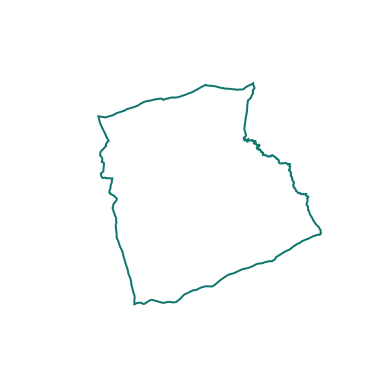 outline of Toca, Boyacá, Colombia, rotated 46°
{"feature_id": "7082276B782512497823", "entity_name": "Toca", "entity_type": "district", "adm_level": 2, "iso_a3": "COL", "parent_name": "Colombia", "parent_adm1": "Boyacá", "projection": "natural_earth1", "projection_center": [-73.168, 5.579], "detail": "fine", "context": "isolated", "style": "outline", "palette": "teal", "viewbox_px": 384, "rotation_deg": 46, "n_neighbors": 0, "source": "geoboundaries", "source_scale": "gbopen_adm2", "svg_char_len": 6032}
<svg xmlns="http://www.w3.org/2000/svg" viewBox="0 0 384 384"><g transform="rotate(46 192 192)"><path d="M101.7,232.6L104.4,232.8L105.1,233.0L106.8,234.3L107.6,236.0L109.2,235.4L110.3,235.3L114.4,240.2L115.6,241.4L115.4,244.6L115.6,245.0L116.1,245.4L117.4,246.1L118.7,246.5L119.8,246.6L120.2,246.0L121.0,244.9L121.4,244.5L122.3,244.2L123.8,243.0L124.8,241.6L125.8,241.0L126.8,239.9L127.0,239.8L127.7,241.2L129.6,243.3L130.6,245.8L131.1,246.5L132.8,248.1L133.2,249.3L134.6,251.6L135.0,251.4L135.4,251.4L136.0,251.7L136.6,252.2L137.6,251.5L138.4,251.4L139.6,250.9L140.2,250.9L140.6,250.6L141.2,250.6L142.0,250.9L143.5,250.6L144.6,250.7L145.5,252.0L145.7,253.8L146.0,254.9L146.0,256.0L146.4,257.3L146.8,257.9L147.9,259.0L148.2,260.2L148.8,260.6L149.8,260.8L151.1,261.8L151.7,261.9L153.2,262.7L154.2,263.0L156.2,264.0L157.9,264.7L158.7,265.2L159.3,265.7L159.9,266.7L161.4,267.3L162.6,269.6L163.7,270.7L164.3,271.0L166.6,273.0L167.8,273.7L173.3,278.4L176.0,279.0L176.3,279.3L181.7,281.9L185.5,283.0L189.1,284.9L191.3,286.3L193.8,287.5L196.9,289.2L198.6,290.0L200.4,291.0L201.3,291.2L205.4,293.6L206.1,294.3L211.9,296.6L213.2,297.6L214.2,297.9L214.3,298.2L215.3,299.0L217.4,300.5L220.9,302.4L222.8,303.5L227.0,305.6L228.2,306.7L230.9,309.8L232.8,311.5L233.0,311.2L233.1,310.1L233.6,308.8L234.1,308.0L236.0,305.8L236.7,305.4L237.3,305.3L238.7,304.8L239.0,304.6L239.3,304.1L239.7,302.8L240.0,300.4L240.8,297.2L241.3,296.2L241.8,295.7L246.3,293.0L251.2,290.2L252.5,288.7L254.1,286.0L255.5,284.4L258.5,282.2L259.8,280.3L260.2,279.2L260.7,274.7L260.4,271.6L260.4,268.7L260.7,267.5L261.4,266.1L263.3,259.9L265.6,256.6L266.1,254.6L267.0,251.9L268.3,249.4L269.7,247.2L273.1,244.0L273.9,243.0L274.4,241.4L274.8,238.2L275.1,232.5L276.6,223.8L279.7,217.8L281.2,213.2L282.9,208.7L285.3,205.1L287.4,200.2L288.7,195.5L289.9,193.6L291.8,191.3L292.5,190.2L292.9,188.6L294.2,186.9L294.5,185.7L295.2,184.7L296.6,183.5L297.4,182.2L298.1,179.3L298.1,178.6L297.4,177.5L297.3,176.7L299.3,167.1L300.1,164.4L300.9,162.8L301.2,161.4L301.5,158.7L301.5,157.5L302.6,151.7L303.4,150.3L303.8,147.3L304.7,144.6L306.8,139.7L307.9,135.7L310.5,130.5L311.5,129.9L311.2,127.7L310.0,127.2L308.9,126.0L307.3,125.9L306.3,125.3L305.3,125.2L301.8,125.3L298.9,124.9L296.1,124.3L293.3,123.3L292.0,123.2L289.7,122.5L286.7,120.9L286.1,120.9L285.9,121.1L285.6,121.0L284.0,119.5L282.8,118.6L282.4,118.5L281.3,118.7L280.2,117.8L279.8,117.2L279.4,116.7L279.2,115.8L278.8,115.2L277.8,114.2L276.6,113.7L276.5,113.4L276.6,112.3L276.4,111.7L275.3,111.8L274.1,112.4L273.5,112.4L272.9,112.2L272.9,111.4L272.8,111.2L272.6,111.3L272.2,111.6L272.2,112.1L271.0,113.2L270.9,113.7L270.1,114.1L269.3,115.0L268.7,115.2L267.5,114.9L267.4,115.0L267.1,115.8L266.6,116.3L266.2,116.4L264.6,116.1L263.8,116.5L263.2,116.3L262.4,115.7L260.5,115.7L260.0,115.1L259.5,115.1L258.9,115.4L258.6,115.3L257.0,114.1L256.9,113.8L256.8,112.9L256.6,112.7L255.7,112.4L255.4,111.8L255.1,111.6L254.1,111.7L252.5,111.3L252.2,111.1L251.8,110.4L251.3,110.4L250.4,109.6L249.3,109.7L248.5,109.5L248.4,109.4L248.4,108.9L248.2,108.5L247.3,107.9L246.6,107.2L243.6,107.1L243.5,106.8L243.8,106.1L243.7,105.9L242.8,105.4L242.6,105.1L242.2,103.9L241.0,103.9L240.4,102.4L239.8,102.1L239.6,102.2L239.3,103.0L238.8,103.1L238.7,104.0L238.4,104.0L238.0,103.8L236.7,104.2L236.1,104.5L235.5,105.4L235.1,106.2L233.8,107.4L233.3,108.3L232.2,109.1L231.5,108.8L230.6,108.7L229.7,107.6L229.4,107.5L228.5,107.5L227.4,107.9L227.1,107.9L226.5,107.6L226.1,108.1L224.7,107.8L224.3,107.8L223.1,108.5L222.8,108.5L222.1,108.2L221.8,108.3L221.3,108.7L221.4,108.9L221.1,109.6L220.8,110.0L221.0,110.6L220.4,110.7L220.1,111.0L220.2,111.3L220.1,111.7L219.4,112.6L219.1,112.9L217.8,113.2L217.2,113.0L216.8,113.4L216.4,113.6L215.9,114.3L215.5,114.1L215.3,114.2L214.6,115.3L213.9,114.7L214.0,114.4L213.2,113.7L212.8,114.0L212.1,113.7L211.4,114.5L209.5,113.5L208.8,113.5L208.6,113.6L208.6,114.3L208.3,114.6L207.6,114.7L207.0,114.6L206.7,114.1L206.3,113.9L206.0,114.1L205.9,114.8L205.5,114.5L205.1,114.5L204.8,114.3L205.1,113.8L205.0,113.1L205.2,112.7L205.6,112.7L205.8,112.2L205.6,111.6L205.0,110.9L204.6,110.9L204.2,111.2L204.0,112.4L203.1,112.7L201.7,112.4L201.6,112.8L201.4,113.1L201.0,113.2L200.2,113.7L199.9,113.6L199.9,113.4L200.2,112.4L200.3,111.5L199.3,111.1L199.1,111.1L198.8,111.4L199.0,111.9L198.9,112.6L197.7,112.3L197.2,113.0L196.4,112.6L196.2,112.7L196.0,113.6L194.5,115.4L194.1,115.4L193.6,114.7L193.0,114.5L192.9,114.8L193.1,115.3L193.5,115.7L193.7,116.3L194.2,116.8L194.1,117.3L193.2,117.4L192.9,117.3L192.6,116.9L192.2,116.9L191.8,117.3L191.4,118.2L191.2,118.2L191.1,117.4L191.0,117.1L190.8,117.0L190.4,117.4L190.2,117.9L189.7,117.9L188.9,116.5L189.3,115.1L188.7,113.8L187.5,113.0L183.5,110.9L183.0,110.6L177.5,103.7L174.1,99.3L174.2,99.1L172.7,97.3L172.6,96.9L171.9,96.3L170.2,94.2L168.4,92.4L166.1,89.5L164.9,87.7L165.2,86.6L165.0,83.9L164.1,82.1L164.0,81.6L163.5,79.6L163.2,79.3L162.1,78.8L161.9,78.6L161.9,78.1L161.7,77.9L160.9,77.1L160.9,76.9L161.0,76.4L161.0,75.4L160.9,75.2L159.4,74.0L157.4,73.5L156.2,72.5L155.9,74.4L154.7,77.7L154.1,80.0L153.7,83.6L153.2,84.6L152.6,85.3L151.6,86.2L150.4,87.8L149.4,88.9L147.8,89.9L146.1,91.6L144.8,92.4L144.8,92.5L143.2,94.0L141.6,95.3L140.2,96.7L139.4,97.3L138.7,97.4L137.7,98.6L136.6,99.2L136.4,99.2L135.1,100.1L132.3,101.7L131.1,102.6L130.2,103.4L128.5,104.8L126.1,107.0L125.3,107.5L124.5,107.6L123.2,111.6L122.6,114.0L121.6,118.0L121.0,119.6L120.9,121.0L116.9,130.4L114.3,135.8L113.0,137.8L111.8,139.2L110.3,140.4L109.0,142.4L108.2,144.2L107.7,144.7L106.3,147.2L105.7,148.7L104.7,148.9L103.9,148.9L103.2,149.5L99.4,154.6L97.8,157.7L95.4,161.1L93.9,164.0L92.8,167.7L92.2,171.0L90.0,176.0L87.1,181.4L86.6,184.0L82.9,191.5L82.0,195.0L81.4,196.5L79.7,199.4L79.1,200.9L78.4,202.1L77.7,202.9L75.0,204.8L73.4,206.1L73.0,206.2L72.5,206.8L76.8,209.3L80.1,210.9L90.6,214.3L91.4,214.6L91.7,214.9L93.0,215.1L93.7,215.6L97.1,216.3L97.4,216.5L97.3,218.4L97.8,220.5L98.4,221.5L98.7,221.8L99.2,221.8L99.5,226.6L99.4,228.4L99.6,229.5L100.7,231.6L101.7,232.6Z" fill="none" stroke="#0f766e" stroke-width="2"/></g></svg>